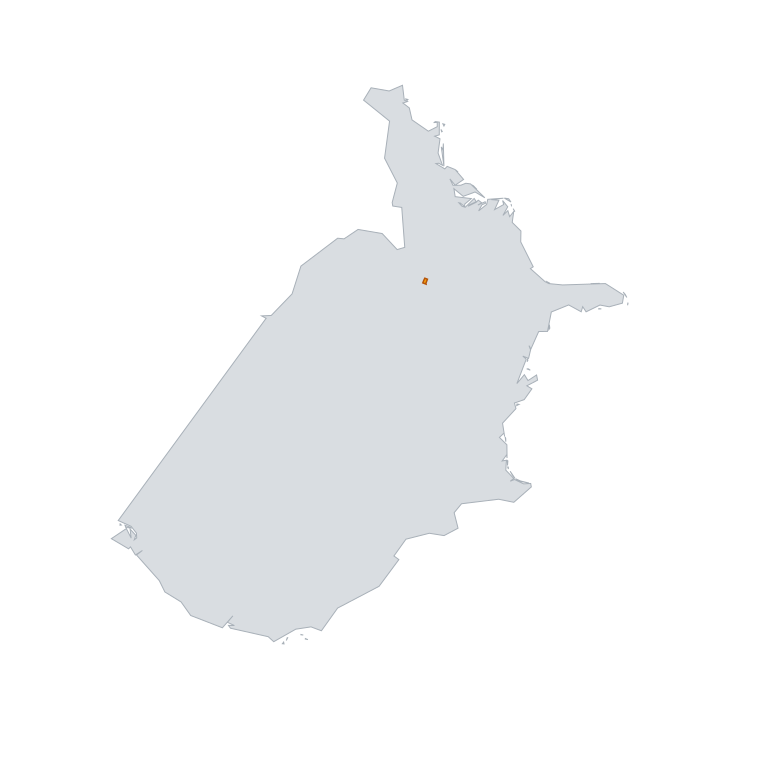 location of Franklin, Indiana, United States of America, rotated 291°
{"feature_id": "52423323B16028894273840", "entity_name": "Franklin", "entity_type": "district", "adm_level": 2, "iso_a3": "USA", "parent_name": "United States of America", "parent_adm1": "Indiana", "projection": "albers", "projection_center": [-85.059, 39.397], "detail": "fine", "context": "in_parent", "style": "filled", "palette": "amber", "viewbox_px": 768, "rotation_deg": 291, "n_neighbors": 0, "source": "geoboundaries", "source_scale": "gbopen_adm2", "svg_char_len": 4052}
<svg xmlns="http://www.w3.org/2000/svg" viewBox="0 0 768 768"><g transform="rotate(291 384 384)"><path d="M595.0,303.6L631.4,295.0L641.7,263.2L655.9,265.8L659.4,283.8L669.5,294.2L656.3,301.2L656.1,304.7L653.1,300.9L650.8,308.7L640.6,315.5L635.9,334.8L643.3,341.5L647.4,339.9L645.8,336.7L647.4,338.0L648.3,341.8L636.4,346.3L633.5,342.5L633.0,348.4L619.0,351.7L609.1,360.3L609.7,356.0L608.4,353.5L606.6,363.7L609.8,365.0L609.7,373.5L603.5,385.0L595.1,379.2L599.1,372.0L594.2,377.2L597.1,384.5L600.7,388.4L601.8,393.1L594.0,411.4L595.9,400.2L587.6,390.7L591.4,379.3L584.4,383.3L588.4,399.1L580.9,394.9L578.5,395.7L580.3,390.4L580.0,388.9L577.9,393.1L578.1,396.5L589.5,401.7L587.3,404.8L582.0,399.6L580.1,398.8L586.7,405.0L589.4,406.1L588.2,410.3L584.7,407.5L590.4,413.1L589.2,414.1L586.4,411.2L579.5,410.3L588.4,415.5L593.6,414.7L600.3,429.0L594.6,418.1L596.7,425.4L586.5,424.8L594.4,431.4L597.8,429.0L593.8,436.0L584.0,434.6L590.2,437.5L585.3,441.3L591.5,443.3L580.8,445.8L575.9,457.0L565.7,460.7L546.9,481.3L544.2,479.3L537.3,497.5L536.8,501.9L540.5,515.3L557.1,554.7L552.8,576.0L544.9,577.6L536.8,566.6L535.1,557.3L523.8,546.8L527.4,541.8L522.1,542.2L524.0,528.1L511.2,514.4L491.7,517.8L488.4,509.6L469.3,508.6L471.8,505.6L468.4,508.6L459.7,509.8L459.8,503.6L458.2,507.9L432.0,507.9L443.0,511.7L438.8,517.2L447.1,523.2L442.6,526.0L433.5,518.0L432.5,523.8L419.7,520.5L413.0,512.6L408.3,516.0L389.9,508.7L378.1,515.5L381.2,513.6L375.5,510.9L371.3,520.5L359.0,525.4L361.9,523.9L354.5,521.9L356.7,525.6L347.2,528.6L342.3,539.0L338.5,536.7L341.6,540.1L340.8,550.1L343.7,556.6L340.7,558.4L320.1,547.6L317.5,532.3L300.0,499.3L289.0,495.6L275.9,504.8L264.0,494.4L260.9,479.8L247.0,460.1L227.0,454.9L225.4,460.8L193.4,451.9L158.2,421.0L131.2,414.0L131.1,402.9L123.5,389.5L103.9,373.4L106.6,366.5L101.0,328.2L102.9,325.3L104.9,330.9L105.4,323.2L113.4,326.0L98.5,320.5L98.6,286.5L107.8,272.7L111.3,254.0L119.9,244.7L135.7,214.2L142.0,218.1L135.3,213.2L141.1,205.7L138.6,204.6L141.9,184.9L156.7,195.3L149.5,203.2L157.6,198.9L153.8,206.5L149.1,206.7L151.7,208.3L156.1,206.3L160.5,198.9L161.3,184.8L403.1,250.4L403.7,245.3L407.6,254.2L435.2,265.9L464.3,264.2L503.5,288.5L505.2,294.7L519.0,304.4L523.8,328.4L514.2,348.1L519.0,354.4L555.2,337.3L553.3,328.4L556.4,326.6L576.4,324.4L595.0,303.6ZM623.8,355.1L629.8,353.2L608.8,361.9L625.9,352.5L623.8,355.1ZM159.3,192.8L159.3,198.7L158.9,199.4L157.5,194.4L159.3,192.8ZM343.5,554.9L341.8,545.7L342.7,540.8L342.4,546.1L343.5,554.9ZM657.9,301.6L658.2,304.4L657.2,304.0L657.9,301.6ZM413.0,515.3L413.4,517.4L411.4,515.6L413.0,515.3ZM109.5,384.7L112.5,384.6L112.6,385.0L109.5,384.7ZM107.1,382.8L105.5,383.8L105.1,382.2L107.1,382.8ZM642.1,345.9L640.6,347.9L640.1,347.5L642.1,345.9ZM345.0,536.4L342.8,540.2L347.8,533.0L345.0,536.4ZM552.1,541.7L555.3,549.4L551.6,541.0L552.1,541.7ZM120.4,396.2L120.7,398.6L120.1,396.3L120.4,396.2ZM554.1,577.1L551.8,579.7L555.6,574.3L554.1,577.1ZM601.6,434.0L599.4,437.3L600.7,429.7L601.6,434.0ZM158.8,187.8L158.2,189.3L157.6,188.1L158.8,187.8ZM356.6,527.2L352.2,528.5L356.8,526.6L356.6,527.2ZM648.0,345.7L648.2,347.7L646.3,347.5L648.0,345.7ZM118.2,401.8L118.1,404.6L117.7,401.9L118.2,401.8ZM351.0,529.8L349.2,530.6L350.8,529.2L351.0,529.8ZM601.1,396.5L599.0,401.0L601.4,394.9L601.1,396.5ZM376.7,517.2L373.8,518.4L378.0,516.1L376.7,517.2ZM537.9,499.5L537.5,502.8L537.1,500.6L537.9,499.5ZM592.5,443.7L591.7,444.4L594.0,441.7L592.5,443.7ZM498.7,517.1L495.5,518.8L494.2,518.5L498.7,517.1ZM458.5,509.2L457.9,509.8L456.0,509.6L458.5,509.2ZM531.4,557.7L532.0,560.0L530.8,557.2L531.4,557.7ZM449.9,513.5L449.3,515.6L449.3,511.8L449.9,513.5ZM546.7,582.9L544.8,583.2L547.4,582.5L546.7,582.9ZM609.3,375.0L608.4,377.2L609.5,374.1L609.3,375.0ZM597.5,438.1L596.5,439.0L596.3,439.0L597.5,438.1Z" fill="#d9dde1" stroke="#a8b0b8" stroke-width="1"/><path d="M494.8,387.0L497.4,387.0L497.4,385.9L497.4,384.7L497.4,384.2L495.2,384.0L494.1,384.0L492.9,384.0L492.3,384.0L492.3,385.0L492.3,386.3L492.3,387.5L493.2,387.0L493.7,387.0L494.7,387.0L494.8,387.0Z" fill="#f59e0b" stroke="#b45309" stroke-width="1.5"/></g></svg>